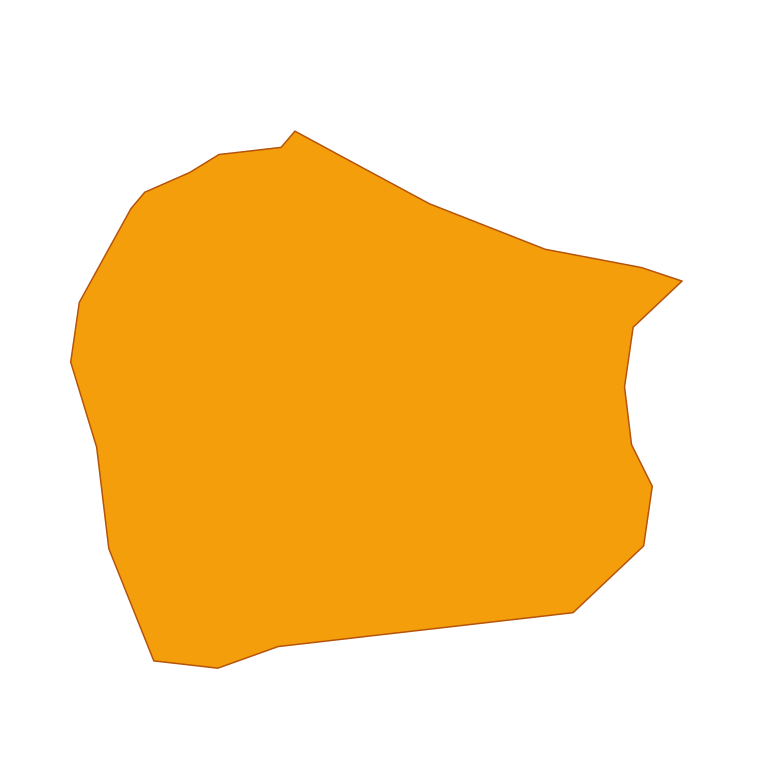 the district of Tukjang, P'yŏngan-namdo, North Korea, rotated 83°
{"feature_id": "82179303B96835998752740", "entity_name": "Tukjang", "entity_type": "district", "adm_level": 2, "iso_a3": "PRK", "parent_name": "North Korea", "parent_adm1": "P'yŏngan-namdo", "projection": "orthographic", "projection_center": [126.139, 39.616], "detail": "fine", "context": "isolated", "style": "filled", "palette": "amber", "viewbox_px": 768, "rotation_deg": 83, "n_neighbors": 0, "source": "geoboundaries", "source_scale": "gbopen_adm2", "svg_char_len": 517}
<svg xmlns="http://www.w3.org/2000/svg" viewBox="0 0 768 768"><g transform="rotate(83 384 384)"><path d="M122.2,441.6L136.6,457.3L136.1,519.8L150.4,551.1L164.5,598.1L179.0,613.7L222.4,645.1L265.9,676.5L324.1,692.3L411.8,676.9L513.9,677.2L630.8,646.2L645.8,583.7L631.7,521.1L632.4,427.4L633.4,302.3L633.9,239.8L634.0,224.2L576.3,146.0L518.2,130.2L474.4,145.7L416.1,145.6L358.0,129.8L318.2,75.7L299.9,114.0L269.9,207.7L210.7,316.9L166.5,379.3L122.2,441.6Z" fill="#f59e0b" stroke="#b45309" stroke-width="1.5"/></g></svg>